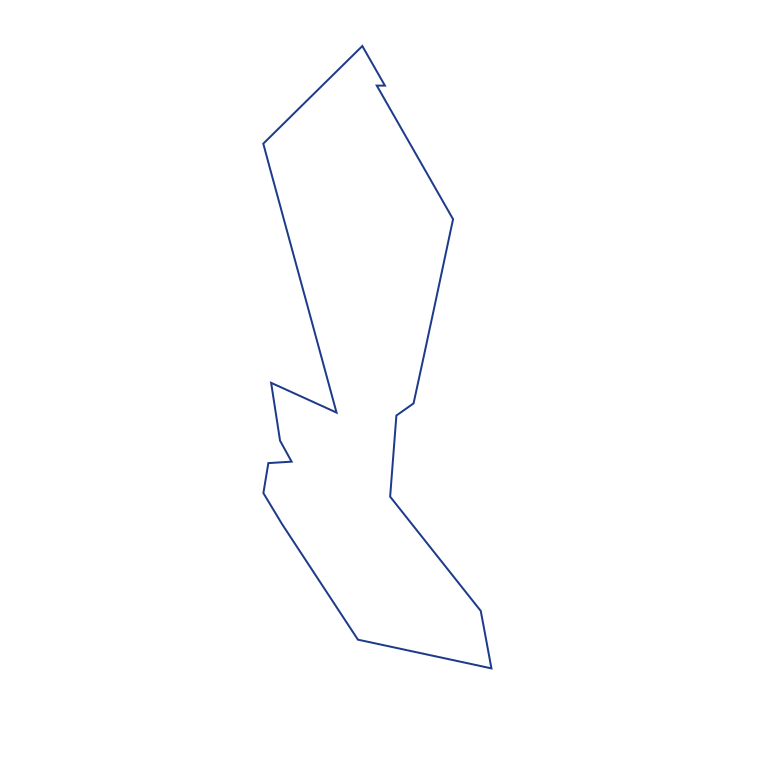 the district of Flores do Piauí, Piauí, Brazil, rotated 148°
{"feature_id": "56859067B16449263184435", "entity_name": "Flores do Piauí", "entity_type": "district", "adm_level": 2, "iso_a3": "BRA", "parent_name": "Brazil", "parent_adm1": "Piauí", "projection": "equal_earth", "projection_center": [-42.859, -7.648], "detail": "fine", "context": "isolated", "style": "outline", "palette": "blue", "viewbox_px": 768, "rotation_deg": 148, "n_neighbors": 0, "source": "geoboundaries", "source_scale": "gbopen_adm2", "svg_char_len": 537}
<svg xmlns="http://www.w3.org/2000/svg" viewBox="0 0 768 768"><g transform="rotate(148 384 384)"><path d="M544.7,319.0L541.6,181.0L443.6,85.9L427.7,126.2L424.8,133.7L422.2,140.3L438.5,285.2L390.2,350.7L369.2,351.9L334.9,387.1L300.1,423.0L243.6,481.5L238.1,487.1L235.4,554.6L232.0,640.9L225.1,636.6L223.3,682.1L307.6,663.3L359.0,651.8L366.7,626.5L378.5,587.2L381.2,578.3L403.7,503.5L405.2,498.4L439.4,384.9L479.1,444.8L502.2,391.0L503.5,367.1L524.0,378.2L544.1,355.4L544.7,319.0Z" fill="none" stroke="#1e3a8a" stroke-width="2"/></g></svg>